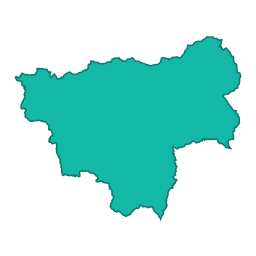 outline of Nam Giang, Quàng Nam, Vietnam
{"feature_id": "81297802B72423367852086", "entity_name": "Nam Giang", "entity_type": "district", "adm_level": 2, "iso_a3": "VNM", "parent_name": "Vietnam", "parent_adm1": "Quàng Nam", "projection": "natural_earth1", "projection_center": [107.554, 15.607], "detail": "fine", "context": "isolated", "style": "filled", "palette": "teal", "viewbox_px": 256, "rotation_deg": 0, "n_neighbors": 0, "source": "geoboundaries", "source_scale": "gbopen_adm2", "svg_char_len": 5735}
<svg xmlns="http://www.w3.org/2000/svg" viewBox="0 0 256 256"><path d="M211.2,37.2L206.8,36.9L205.4,38.6L202.9,39.8L201.8,41.1L200.4,41.4L197.9,41.3L195.2,42.2L194.2,43.0L193.5,44.5L192.3,45.1L189.1,45.8L188.1,45.0L187.7,46.6L186.3,50.0L184.8,51.1L183.9,54.3L182.8,54.8L180.7,57.6L178.9,58.1L177.6,56.9L172.5,57.5L170.0,59.1L168.9,58.8L168.5,59.5L167.4,58.5L165.0,58.3L162.6,57.6L161.4,58.4L160.8,61.5L159.2,63.6L158.2,64.2L155.8,64.9L154.3,64.6L152.9,65.3L150.1,65.9L149.4,65.4L142.9,63.4L138.6,61.4L135.4,61.2L133.2,58.4L132.2,57.8L129.4,59.2L127.3,59.1L126.9,60.4L126.2,61.2L123.4,60.9L123.0,61.3L121.2,59.5L119.9,59.3L118.8,57.7L118.0,58.3L115.7,58.1L113.5,58.5L112.9,59.2L112.0,59.3L112.1,60.2L111.4,60.6L110.5,62.4L109.0,61.8L107.3,62.0L105.9,63.2L104.6,63.6L100.7,63.8L99.1,63.5L98.3,62.8L97.0,62.4L94.3,62.2L94.0,61.4L93.2,61.2L91.6,61.7L91.0,60.9L90.7,61.6L90.7,63.3L90.0,64.3L89.2,64.1L88.1,65.4L88.2,68.1L86.8,69.9L85.2,69.8L84.3,70.6L83.4,70.6L81.5,72.3L79.1,72.8L76.7,74.3L72.7,74.3L69.5,72.0L65.5,74.0L64.3,75.1L63.4,76.5L61.9,78.1L61.3,77.3L60.9,78.1L57.8,79.1L57.1,78.8L56.5,77.2L54.5,74.1L53.7,74.4L51.6,77.0L51.2,77.9L50.9,77.8L49.6,74.0L50.6,73.3L50.5,71.8L48.9,72.3L47.4,70.5L46.9,69.2L44.7,69.4L41.9,68.5L40.2,69.1L39.0,68.4L38.5,69.0L37.4,68.5L36.9,69.2L37.3,71.4L36.4,72.2L34.9,74.9L31.5,74.7L30.9,75.3L29.5,75.3L28.8,74.8L27.6,74.9L26.8,74.4L25.4,75.3L24.5,74.3L21.9,73.2L21.4,74.5L20.5,75.3L20.1,76.8L19.5,77.4L18.7,77.7L16.5,76.6L15.6,77.0L15.4,77.7L17.0,80.4L17.9,80.9L19.3,80.7L20.8,81.5L21.9,81.2L22.1,81.9L21.8,84.3L22.1,85.4L23.0,85.7L23.6,86.7L24.8,86.3L25.4,86.6L24.9,88.0L24.1,88.3L25.5,90.8L24.2,94.7L24.4,95.5L25.1,96.0L25.1,97.1L23.6,99.7L23.3,100.9L22.3,101.7L21.2,105.0L21.3,105.9L20.9,106.8L21.4,107.6L21.2,108.4L22.1,108.9L24.3,108.2L24.8,109.0L25.6,109.2L25.9,110.2L24.6,112.8L25.1,113.5L25.4,114.9L25.1,116.6L25.8,117.5L27.4,118.1L28.2,119.6L29.8,120.9L30.9,121.2L34.2,121.0L35.3,120.4L37.3,120.7L39.6,120.2L40.9,121.0L41.8,120.9L42.2,121.4L43.5,121.3L43.8,121.6L46.2,122.0L47.4,124.3L49.0,125.3L48.7,129.6L50.8,130.1L51.2,130.5L52.5,134.1L52.6,135.7L50.8,136.2L49.9,138.2L49.3,138.5L49.6,139.2L50.2,139.5L48.9,140.6L48.8,141.1L49.6,142.3L51.1,142.3L52.2,143.8L53.6,143.5L54.9,142.6L56.5,143.5L56.5,145.5L57.1,147.5L56.2,148.5L56.6,149.8L56.5,151.3L57.1,152.0L56.6,152.8L58.0,155.1L58.2,156.4L58.6,156.8L59.2,156.8L59.1,157.8L60.2,159.9L60.0,161.9L60.3,163.4L61.4,165.2L61.0,167.2L61.9,168.9L61.7,169.9L61.9,170.7L61.4,171.9L62.4,173.3L62.5,175.1L63.8,175.5L64.5,174.5L66.0,174.3L66.3,174.9L66.9,174.6L67.5,175.4L69.5,175.6L71.7,175.2L72.4,175.9L73.9,174.6L74.3,175.0L74.4,176.2L74.8,176.5L75.7,176.2L76.8,175.3L78.2,176.5L79.5,176.6L80.0,175.6L79.3,172.5L80.0,171.5L81.1,170.9L84.4,171.4L86.9,170.9L88.2,171.1L90.0,172.9L91.4,172.8L92.1,173.3L93.1,173.0L95.7,175.1L96.2,176.0L97.2,176.1L97.9,177.6L97.5,179.4L96.2,180.1L96.1,181.3L97.7,182.0L100.0,181.2L101.5,181.1L102.4,181.4L103.6,182.6L107.1,183.0L108.9,183.8L109.3,186.7L110.2,187.2L109.4,188.8L110.8,189.2L111.6,190.0L112.0,190.9L111.8,192.4L112.3,193.0L111.8,194.8L113.4,196.3L113.4,198.3L112.1,200.2L111.8,202.6L110.6,203.7L110.8,204.9L110.2,206.6L111.7,208.9L112.9,209.3L114.3,210.6L114.7,211.4L115.8,211.1L116.8,212.1L118.3,210.9L119.2,211.6L119.9,211.6L123.2,215.1L123.9,215.1L125.2,216.1L126.2,216.2L129.1,214.8L130.3,214.5L131.3,212.7L135.2,208.7L136.4,208.2L137.6,208.4L139.0,207.8L140.4,205.1L142.1,205.7L143.0,206.8L146.3,206.6L147.9,207.7L149.7,207.3L150.5,206.5L152.8,207.4L153.1,208.9L154.1,210.3L154.2,211.1L158.5,214.8L159.0,216.8L160.4,218.3L160.6,219.1L162.2,215.2L163.3,214.3L163.4,211.7L162.9,210.8L163.9,210.7L164.2,209.9L165.5,208.8L166.0,207.3L166.6,207.0L166.3,206.1L167.0,205.0L166.4,203.5L166.3,201.6L166.6,200.6L166.2,200.2L166.7,199.2L167.1,197.2L167.8,196.2L167.6,195.2L168.1,194.4L168.0,191.9L168.6,191.3L169.3,189.7L171.1,187.7L172.3,188.3L172.8,187.9L172.9,186.8L172.2,185.8L173.9,184.7L174.3,183.4L175.1,183.2L175.1,182.5L175.7,181.2L176.8,180.5L176.3,179.4L175.2,179.5L173.0,177.3L173.4,176.3L175.6,174.9L175.0,173.9L175.0,173.1L175.2,172.2L176.2,171.5L175.6,169.5L176.9,166.5L175.4,165.4L175.8,163.9L175.3,162.9L174.5,162.1L174.6,160.2L175.2,160.0L176.0,160.4L176.1,160.1L175.3,159.2L174.9,156.8L173.9,155.9L173.8,154.5L174.2,154.1L174.2,153.7L173.8,153.3L172.7,153.4L173.0,152.6L172.9,151.8L173.8,151.4L173.8,151.0L173.5,149.7L172.6,148.0L172.7,147.4L173.4,146.7L177.0,148.9L177.6,148.8L179.7,147.2L181.0,147.4L184.1,146.5L185.9,144.2L189.1,144.1L191.3,142.7L192.8,141.0L193.7,141.0L196.5,142.9L197.9,142.3L198.7,142.4L201.1,140.8L202.4,140.8L202.2,139.1L202.5,138.9L203.9,139.2L204.6,140.2L205.1,139.3L206.0,139.6L206.3,139.1L206.9,139.4L207.6,139.1L208.1,139.4L208.8,139.0L209.4,139.4L211.2,139.6L212.5,139.0L213.3,139.4L213.8,139.2L214.7,139.5L216.1,139.0L217.7,139.9L218.0,142.0L218.6,142.5L219.2,142.4L219.7,143.6L221.9,143.3L223.2,144.8L224.8,145.6L225.7,147.4L230.6,148.5L228.5,145.5L228.1,141.0L228.7,140.2L231.7,139.2L233.5,139.4L233.4,135.2L232.6,133.8L233.1,131.7L234.5,131.1L234.6,128.1L235.2,127.5L236.2,127.4L239.5,123.0L239.1,121.3L239.4,118.5L239.0,117.4L238.0,115.9L237.5,113.9L235.5,112.6L236.3,110.8L233.2,110.4L232.2,108.5L228.6,104.1L227.4,101.7L224.7,98.0L223.3,96.9L223.3,96.1L223.4,95.2L223.9,94.8L228.1,94.1L230.8,91.6L233.0,91.2L234.7,90.0L235.3,88.4L237.6,88.1L237.8,87.6L237.6,85.6L239.3,84.0L239.7,79.7L239.3,78.8L240.6,76.5L240.0,73.6L239.8,73.2L238.0,72.5L237.2,71.7L236.7,64.7L236.0,63.9L234.6,63.5L234.3,62.7L233.4,60.0L233.6,57.5L233.3,56.4L231.8,56.4L229.8,52.2L226.1,48.0L223.2,50.0L221.8,48.1L221.2,46.5L219.4,46.7L221.0,44.0L221.8,39.7L218.8,40.1L217.7,39.5L216.7,38.4L213.8,38.6L212.9,36.9L211.2,37.2Z" fill="#14b8a6" stroke="#0f766e" stroke-width="1.5"/></svg>